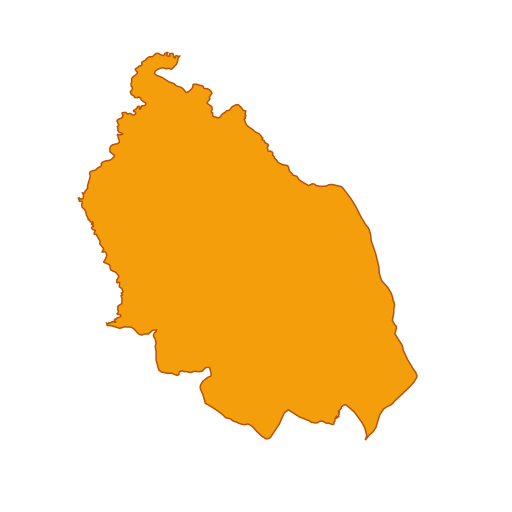 Restrepo, Valle del Cauca, Colombia (Natural Earth projection), rotated 105°
{"feature_id": "7082276B97721102897015", "entity_name": "Restrepo", "entity_type": "district", "adm_level": 2, "iso_a3": "COL", "parent_name": "Colombia", "parent_adm1": "Valle del Cauca", "projection": "natural_earth1", "projection_center": [-76.549, 3.81], "detail": "fine", "context": "isolated", "style": "filled", "palette": "amber", "viewbox_px": 512, "rotation_deg": 105, "n_neighbors": 0, "source": "geoboundaries", "source_scale": "gbopen_adm2", "svg_char_len": 6116}
<svg xmlns="http://www.w3.org/2000/svg" viewBox="0 0 512 512"><g transform="rotate(105 256 256)"><path d="M206.1,150.6L201.5,153.3L199.4,155.1L197.6,157.9L191.4,164.4L182.3,172.5L175.9,179.3L167.6,190.0L166.9,191.5L167.2,201.1L168.3,204.1L169.9,205.8L170.8,207.6L172.2,212.4L172.3,216.0L171.4,218.4L171.7,220.4L174.4,223.5L172.2,231.5L171.1,234.2L168.4,237.3L168.4,241.2L167.2,242.4L165.4,245.4L163.0,247.1L161.7,247.5L160.5,249.1L160.9,253.8L160.1,258.3L159.4,259.6L157.8,261.1L157.0,263.3L155.7,263.8L154.3,266.1L152.3,266.3L151.2,267.6L150.9,269.4L151.6,270.8L151.5,271.4L148.5,273.0L147.5,273.1L146.0,272.6L145.1,273.2L144.2,276.5L142.6,277.9L142.1,280.0L141.5,280.2L140.4,279.9L140.1,281.1L139.3,281.4L137.2,284.4L136.4,288.7L134.7,291.9L133.5,295.7L131.9,299.1L127.1,302.8L125.9,301.8L124.6,302.6L124.4,302.3L123.6,302.5L123.2,302.1L121.8,303.3L118.6,303.4L118.5,306.4L116.6,308.3L114.6,311.9L114.6,313.4L114.9,314.2L117.9,317.6L122.1,319.4L123.3,322.0L125.5,323.2L127.0,325.0L131.7,327.0L132.3,328.5L132.3,332.9L132.1,333.9L128.9,335.0L128.8,336.0L128.1,336.5L125.7,336.3L123.2,337.3L121.1,342.9L119.0,342.4L117.2,341.4L115.8,341.3L115.1,342.0L114.1,342.1L110.8,340.7L110.1,340.8L108.4,342.2L107.4,344.2L107.0,346.5L107.7,349.6L106.0,350.8L105.4,352.2L105.7,354.6L105.4,357.3L106.1,360.5L107.0,361.2L109.1,360.8L111.3,361.4L114.5,363.5L116.2,365.8L113.6,369.3L112.5,371.8L112.3,377.1L110.7,379.8L110.3,385.3L107.9,392.7L107.2,398.5L106.6,400.4L105.8,401.5L103.4,401.1L100.4,398.5L98.3,394.8L98.5,391.4L97.1,388.5L97.6,386.9L97.3,385.7L91.4,382.4L87.8,382.1L85.5,382.5L82.8,381.5L83.4,383.0L83.0,384.1L83.3,385.1L83.9,385.7L85.3,385.2L85.8,386.1L84.9,387.1L82.0,388.6L81.9,389.2L82.8,391.6L83.8,391.7L85.2,391.1L85.8,393.5L85.2,394.3L82.4,393.7L82.2,394.2L83.8,396.4L86.1,396.8L86.5,398.3L85.6,403.5L85.8,404.1L86.5,405.2L90.2,407.6L90.9,409.8L91.7,411.2L93.2,412.4L95.8,413.7L97.9,416.2L99.0,416.4L100.0,415.8L101.2,415.7L102.0,416.5L102.8,418.1L104.5,419.0L106.5,420.9L107.4,420.7L109.3,418.1L110.1,418.0L111.4,418.5L115.0,421.3L116.5,422.1L119.7,421.2L122.3,421.3L124.5,420.3L124.9,419.2L126.0,418.8L127.9,418.8L129.5,419.9L130.4,419.6L132.0,418.5L133.2,415.3L134.4,413.9L133.8,411.8L132.9,410.6L132.9,409.1L135.0,407.1L136.2,404.4L136.6,402.3L136.9,401.9L138.2,401.7L139.6,402.6L140.4,405.0L141.2,405.5L143.5,405.5L144.3,406.1L144.2,406.6L142.5,406.8L141.7,407.3L141.7,408.2L142.4,409.2L144.4,409.3L146.5,411.4L147.6,412.0L148.1,411.6L148.0,410.1L148.6,409.3L149.7,409.0L151.2,410.1L151.8,411.6L150.9,413.7L151.0,414.9L152.1,416.9L151.0,418.8L151.8,421.5L152.5,422.4L153.1,422.2L154.4,420.9L156.4,420.9L157.8,422.0L160.0,424.8L161.6,425.3L164.9,422.5L165.8,422.6L166.8,423.5L169.3,422.0L170.4,422.0L171.8,420.5L172.4,416.5L172.8,416.3L174.0,418.1L174.4,421.2L175.0,421.3L176.0,420.1L177.6,419.7L179.6,418.0L181.6,417.4L183.4,419.0L185.5,423.1L187.4,424.7L189.5,425.1L193.2,424.0L195.4,418.8L197.3,418.9L200.5,421.0L201.8,422.8L203.2,426.1L204.9,428.4L206.4,429.3L207.2,429.3L208.2,428.6L209.7,429.3L212.1,431.9L214.4,433.1L216.3,436.5L217.7,437.9L219.1,438.2L220.6,437.2L222.4,436.7L231.7,436.9L234.1,436.2L237.9,437.9L239.5,437.9L239.9,438.6L239.8,439.7L240.1,440.0L241.5,438.5L245.3,437.8L246.4,440.3L245.5,441.7L246.2,442.6L248.8,440.6L248.3,438.4L248.7,437.9L251.7,437.6L253.9,436.6L255.3,433.9L256.9,432.1L260.5,430.3L263.3,427.8L264.5,427.3L264.5,426.0L266.0,424.8L265.4,422.8L266.2,421.9L267.0,421.7L267.2,423.0L267.9,423.1L268.9,420.8L269.4,420.7L270.9,422.2L271.7,422.0L272.7,420.4L273.0,417.8L275.3,418.2L276.6,418.0L276.9,417.3L276.3,416.3L276.9,415.5L282.4,410.2L284.9,409.9L288.1,405.4L289.5,404.8L290.0,405.4L291.9,405.7L291.9,405.2L290.9,403.2L291.9,401.4L294.5,400.2L299.7,401.0L300.9,401.6L301.5,401.3L302.3,395.7L303.1,394.7L306.8,393.0L307.7,390.1L307.9,387.7L310.4,383.8L311.9,383.2L315.0,384.2L317.6,383.7L317.9,383.1L316.8,381.5L317.0,380.8L321.1,380.1L322.2,377.3L324.5,375.4L325.5,375.3L326.7,376.5L328.1,374.9L329.3,376.1L331.9,374.4L336.7,373.3L339.5,375.9L340.6,376.4L343.7,375.6L345.0,374.6L346.8,374.7L347.7,375.3L348.2,374.2L347.9,371.8L348.6,371.1L349.3,371.1L350.3,371.8L351.9,374.3L352.8,374.5L353.8,376.1L354.7,376.1L356.0,374.5L356.4,374.7L356.2,376.8L356.8,378.0L358.3,379.3L358.4,380.7L359.7,381.3L359.5,382.9L361.6,381.7L360.8,377.9L361.1,368.8L358.5,364.8L357.2,359.0L357.2,357.4L357.9,355.3L361.7,349.2L362.0,346.0L360.1,343.3L359.2,339.7L354.2,336.4L353.2,332.8L354.4,332.9L357.1,334.4L359.0,334.6L360.6,333.8L362.0,332.1L364.2,330.8L366.7,329.8L369.4,330.0L374.0,327.8L382.5,325.5L391.4,320.3L392.5,317.1L392.2,310.7L391.0,307.5L391.8,301.4L390.6,299.8L388.3,300.1L387.4,299.6L386.3,298.2L386.0,297.0L386.4,295.3L385.7,294.0L385.6,289.6L385.0,288.1L383.3,285.7L382.4,280.5L381.0,278.1L377.1,275.9L376.0,273.9L375.8,271.9L381.7,268.7L382.8,268.5L383.9,268.8L385.5,271.0L390.7,274.9L394.1,275.9L396.6,276.2L399.2,275.1L403.1,271.7L411.4,266.8L413.5,259.0L415.7,252.5L417.9,247.1L420.1,243.4L419.9,238.6L421.5,234.8L421.4,231.5L422.0,229.5L422.2,226.5L422.0,223.5L420.4,220.4L420.4,218.9L421.8,215.1L425.4,209.7L428.4,204.0L430.1,199.0L429.0,196.4L427.2,195.0L412.4,190.0L401.4,188.3L399.1,187.3L397.7,185.9L396.1,185.1L400.1,172.9L401.4,162.0L402.2,160.2L402.0,156.0L401.6,154.4L401.1,153.4L398.9,151.2L398.5,150.0L398.4,148.7L399.3,144.7L398.7,143.0L399.0,138.1L398.0,137.3L396.1,137.6L395.0,137.0L392.4,137.6L391.8,136.2L391.3,135.9L390.7,137.0L390.0,136.8L390.4,135.2L389.7,134.4L388.9,135.0L387.2,134.7L386.6,135.5L385.4,134.9L384.7,136.2L381.3,134.2L379.7,134.6L376.7,131.9L376.5,130.5L380.8,121.5L382.2,119.4L389.5,110.5L393.8,106.5L398.9,103.5L401.0,102.6L405.6,102.8L399.9,100.4L395.4,97.4L390.6,95.8L377.5,95.4L370.5,93.0L367.5,90.3L365.1,87.3L362.7,85.6L360.5,84.7L343.8,74.4L337.0,70.8L332.0,69.4L330.2,69.4L327.1,71.6L324.6,74.7L316.9,82.7L308.9,89.4L304.8,91.4L295.1,101.8L290.2,101.6L287.8,102.1L286.2,104.5L282.8,107.6L276.1,108.1L270.8,109.3L267.9,109.3L264.7,110.8L262.5,112.9L261.6,112.7L257.0,115.7L252.4,120.4L247.2,128.4L240.9,132.4L234.5,134.6L222.8,141.0L211.2,148.8L206.1,150.6Z" fill="#f59e0b" stroke="#b45309" stroke-width="1.5"/></g></svg>